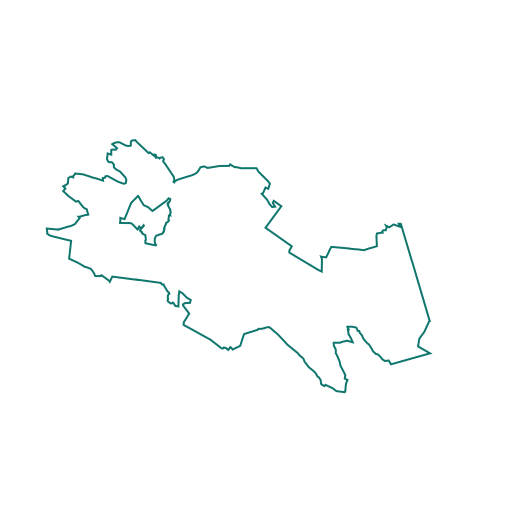 Ārlavas pag., Talsi, Latvia (Robinson projection), rotated 35°
{"feature_id": "27541924B95940565269220", "entity_name": "Ārlavas pag.", "entity_type": "district", "adm_level": 2, "iso_a3": "LVA", "parent_name": "Latvia", "parent_adm1": "Talsi", "projection": "robinson", "projection_center": [22.632, 57.389], "detail": "fine", "context": "isolated", "style": "outline", "palette": "teal", "viewbox_px": 512, "rotation_deg": 35, "n_neighbors": 0, "source": "geoboundaries", "source_scale": "gbopen_adm2", "svg_char_len": 5940}
<svg xmlns="http://www.w3.org/2000/svg" viewBox="0 0 512 512"><g transform="rotate(35 256 256)"><path d="M290.5,346.0L294.4,339.0L294.5,338.6L294.5,338.3L291.2,327.5L291.1,327.0L291.2,326.5L299.5,315.8L299.7,315.5L299.7,314.6L299.8,314.2L301.9,312.8L302.6,312.2L303.3,311.3L303.9,310.8L303.8,310.7L305.3,308.8L307.3,306.8L309.9,306.8L318.8,307.7L328.8,309.7L332.3,310.6L345.9,311.6L348.9,312.5L350.2,312.5L353.7,312.9L356.4,314.7L363.0,316.8L369.0,317.2L371.9,317.7L375.7,319.5L376.9,319.3L380.1,320.5L382.6,323.4L383.4,323.4L383.9,323.7L384.6,323.6L384.8,323.4L386.6,323.4L386.9,321.7L392.6,320.7L393.9,320.5L395.2,320.3L397.9,320.6L399.6,320.4L400.5,320.0L406.5,316.8L406.8,316.6L406.8,315.8L405.7,313.8L404.2,311.3L403.0,309.0L402.2,306.1L402.1,305.1L399.0,305.5L397.5,302.3L388.1,297.4L384.7,294.2L378.8,290.6L377.1,289.9L375.2,287.1L374.0,286.3L371.7,285.1L369.9,283.4L369.4,282.5L375.0,278.5L375.3,277.5L379.2,273.1L384.7,271.2L381.1,269.0L376.2,266.6L376.0,266.1L373.4,263.6L374.0,263.0L371.5,261.6L372.3,260.9L375.1,258.9L377.9,257.6L379.5,257.2L382.3,259.0L383.6,258.2L385.1,259.4L385.7,259.6L388.3,260.2L390.5,261.6L392.1,262.4L397.3,263.7L399.2,263.6L404.4,265.8L406.0,266.7L406.9,267.0L410.7,267.5L412.1,266.7L412.6,266.7L416.2,267.3L418.0,268.0L418.1,267.9L419.6,268.2L421.8,267.9L422.0,268.0L424.6,265.5L428.7,267.3L454.4,235.9L440.6,237.1L437.2,230.0L437.4,221.7L435.2,209.6L435.4,209.5L388.5,172.1L386.7,170.8L356.2,146.6L354.4,147.7L357.1,149.5L350.7,151.2L348.7,156.1L345.2,156.6L346.6,157.3L347.5,160.5L345.5,161.9L345.3,163.4L346.3,164.3L345.9,164.5L342.2,168.1L342.8,170.0L344.2,171.9L349.4,178.6L346.6,182.2L344.1,185.2L341.1,189.3L334.5,192.8L333.2,193.7L328.3,196.4L328.2,196.3L312.5,205.3L312.9,209.2L313.4,211.1L314.2,216.9L310.2,219.0L309.6,219.2L311.9,220.8L315.3,225.9L318.8,231.1L314.7,231.7L281.4,234.1L280.3,232.7L279.7,227.5L247.6,227.4L248.2,200.7L238.9,200.6L239.2,202.8L243.3,204.7L241.2,206.6L237.2,205.7L233.1,203.6L225.0,201.7L225.7,200.2L224.5,194.5L227.5,193.9L225.9,188.8L222.9,187.8L209.6,185.5L206.1,183.8L197.6,189.7L193.7,192.5L188.7,194.6L187.6,195.5L182.3,195.8L182.4,197.5L174.4,203.3L165.9,211.6L162.2,212.3L159.6,215.2L159.9,218.5L159.9,220.3L159.7,221.7L158.9,223.8L157.3,226.5L149.7,236.2L147.8,238.9L147.5,239.5L146.9,240.9L146.8,241.7L146.8,242.6L145.8,242.4L146.1,241.2L143.2,238.3L128.3,232.5L125.9,231.9L125.5,231.5L125.3,230.7L125.3,230.0L125.1,229.5L122.9,228.7L121.5,230.1L121.3,230.5L121.1,231.4L120.8,231.3L119.8,231.3L119.0,231.8L117.8,232.8L117.1,231.8L116.5,231.3L116.0,230.7L114.8,231.1L115.6,232.4L109.5,232.0L109.0,233.3L93.3,231.0L90.7,230.3L90.2,231.0L88.7,231.8L87.8,233.8L88.0,234.3L90.1,237.2L89.7,238.0L87.9,239.4L85.5,240.3L79.5,241.1L79.0,241.2L77.7,241.9L77.2,242.3L75.3,244.4L74.8,245.2L74.5,245.9L74.1,246.8L80.3,247.4L80.1,249.4L76.9,251.5L76.6,252.2L79.3,256.0L75.7,257.1L77.3,260.0L77.9,261.5L78.3,262.0L80.5,263.4L81.1,263.5L82.0,263.3L83.7,262.1L84.3,261.9L84.5,261.9L87.4,262.8L88.3,264.4L88.6,264.8L89.1,265.0L92.1,265.3L96.1,264.8L103.8,266.5L106.2,268.1L107.5,270.9L107.5,271.1L106.2,272.7L100.4,274.3L88.5,275.6L86.9,277.1L87.4,278.5L85.8,280.0L87.5,282.0L80.3,284.2L77.6,285.3L72.4,286.8L67.1,288.5L60.7,292.1L60.9,292.3L60.4,295.3L61.2,296.4L58.7,297.2L57.6,299.9L60.3,304.5L59.2,307.9L58.9,307.9L58.1,309.5L61.2,310.1L60.8,313.4L68.2,314.5L77.4,314.7L78.9,312.8L84.2,314.5L85.0,314.5L86.0,315.1L88.3,315.2L90.5,314.8L91.9,316.0L94.9,318.3L94.2,319.1L93.0,320.0L88.8,325.2L88.2,325.6L89.8,326.0L89.3,333.9L87.6,336.9L86.4,338.6L85.7,339.3L85.4,339.4L83.6,341.8L81.5,344.5L79.8,346.5L79.4,347.1L78.7,347.6L78.9,347.8L68.9,353.5L72.1,357.1L72.1,357.4L74.6,357.5L76.2,357.2L79.8,355.9L89.9,352.0L95.8,349.6L100.5,358.1L104.4,365.4L113.9,363.7L120.8,363.1L121.4,363.3L123.2,362.5L128.1,361.3L130.5,362.0L133.6,363.2L135.5,364.6L136.7,364.1L138.1,363.0L140.3,361.5L140.5,360.8L140.3,360.5L140.4,360.4L150.2,360.5L151.0,360.9L150.1,355.3L172.5,343.6L172.3,343.5L177.6,340.8L193.5,332.6L195.1,333.3L196.6,332.3L197.6,333.1L198.6,333.4L200.2,334.2L201.6,334.7L203.6,335.7L205.8,335.9L206.4,336.3L206.7,336.8L206.3,337.7L206.6,339.0L207.5,340.6L208.5,341.4L209.0,342.8L209.2,343.2L209.8,343.6L210.6,343.8L211.7,343.7L212.7,343.9L213.3,343.8L214.5,342.7L214.6,341.9L215.2,341.9L217.1,342.5L218.4,343.2L221.4,341.9L215.2,332.4L213.5,329.0L213.9,329.0L217.1,328.7L223.3,329.8L227.8,329.5L228.8,332.2L224.9,335.3L223.9,337.6L224.7,338.4L234.3,341.5L234.9,352.0L236.3,354.0L242.0,353.3L266.8,350.7L280.8,351.4L282.1,350.5L282.2,349.3L284.2,348.7L284.2,348.8L287.2,348.8L287.2,345.6L287.3,345.3L290.2,345.8L290.5,346.0ZM146.0,301.2L146.4,298.8L146.8,295.5L146.3,295.3L146.3,296.4L145.8,299.3L145.0,299.3L143.4,298.8L143.7,302.2L135.7,300.7L134.1,301.2L125.7,306.9L124.5,304.7L123.0,302.6L127.2,301.2L123.3,284.2L124.8,275.0L124.8,274.6L125.2,274.4L129.7,276.6L134.9,278.8L139.5,277.9L145.4,278.5L150.8,262.7L151.3,260.3L151.3,258.9L153.0,258.5L153.3,258.8L153.6,259.4L154.0,260.7L154.0,261.0L153.5,262.3L153.9,262.4L153.8,262.8L154.0,263.5L154.4,264.0L153.9,264.2L154.5,264.7L155.7,265.5L158.0,266.7L158.9,267.0L159.5,267.4L159.7,268.1L160.4,268.7L160.6,268.9L161.1,269.1L161.3,269.5L161.3,270.5L161.6,271.0L162.1,271.5L161.8,271.5L161.9,272.1L162.0,272.3L162.0,272.7L161.6,272.9L161.8,273.1L162.6,274.9L163.6,276.8L164.3,276.8L164.4,277.1L164.2,278.9L163.9,279.5L163.6,279.8L163.4,280.6L163.8,281.2L164.0,282.1L164.1,283.2L164.5,284.5L164.5,284.9L164.6,285.0L164.5,285.3L164.6,285.6L165.6,286.4L165.3,286.8L165.9,288.1L166.5,288.7L166.6,289.0L166.6,289.5L166.4,289.7L166.2,290.1L166.5,290.7L166.5,291.4L165.8,292.5L165.5,292.7L165.0,293.5L164.4,293.8L164.2,294.6L163.1,295.9L162.6,296.7L162.7,297.9L163.4,300.4L165.0,302.6L167.3,304.3L168.6,304.4L161.7,307.5L158.1,308.9L157.2,307.8L156.5,306.8L156.5,306.0L156.4,305.8L153.4,302.4L150.0,302.9L149.1,301.9L147.2,302.1L146.8,301.7L146.8,301.4L146.0,301.2Z" fill="none" stroke="#0f766e" stroke-width="2"/></g></svg>